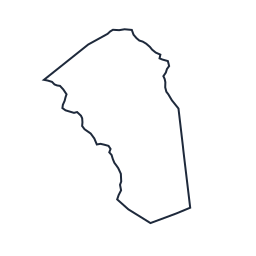 Serrinha, Rio Grande do Norte, Brazil (orthographic projection), rotated 69°
{"feature_id": "56859067B56101183977700", "entity_name": "Serrinha", "entity_type": "district", "adm_level": 2, "iso_a3": "BRA", "parent_name": "Brazil", "parent_adm1": "Rio Grande do Norte", "projection": "orthographic", "projection_center": [-35.59, -6.26], "detail": "fine", "context": "isolated", "style": "outline", "palette": "slate", "viewbox_px": 256, "rotation_deg": 69, "n_neighbors": 0, "source": "geoboundaries", "source_scale": "gbopen_adm2", "svg_char_len": 1039}
<svg xmlns="http://www.w3.org/2000/svg" viewBox="0 0 256 256"><g transform="rotate(69 128 128)"><path d="M37.8,89.3L34.6,95.8L33.5,101.2L30.9,106.9L31.5,110.1L32.8,113.3L35.8,135.2L52.9,189.2L54.9,186.0L57.7,182.4L61.0,181.0L62.9,178.9L64.3,176.4L68.8,174.6L74.5,173.3L76.9,175.3L79.9,177.4L83.0,180.5L85.9,182.1L89.1,180.0L91.5,176.9L94.5,173.0L94.9,169.8L99.7,167.5L102.5,167.3L106.4,168.5L109.7,170.1L113.6,169.0L119.8,164.8L125.7,163.2L132.2,163.0L132.9,159.4L134.9,156.4L137.7,152.6L141.3,151.8L144.0,154.2L147.3,153.0L151.5,153.3L155.6,153.2L158.8,152.3L162.0,151.5L168.2,151.1L175.5,153.5L178.2,155.8L183.7,156.8L187.3,160.8L190.8,163.7L204.1,156.8L224.8,141.1L225.1,113.6L224.7,98.5L193.0,90.5L181.1,87.5L168.5,84.3L164.8,83.3L127.9,73.9L117.9,77.1L110.9,78.3L107.9,79.2L103.4,78.7L98.6,76.7L95.4,76.2L92.3,76.4L89.8,72.8L86.9,70.5L84.9,67.4L79.8,66.8L76.3,71.5L74.3,73.6L71.1,71.5L67.5,75.1L63.5,77.4L60.1,78.5L55.8,80.8L52.6,83.3L50.4,86.1L47.1,87.9L42.9,89.4L37.8,89.3Z" fill="none" stroke="#1e293b" stroke-width="2"/></g></svg>